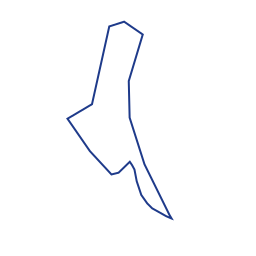 SVG path tracing the border of Saulkrastu, rotated 156°
{"feature_id": "LVA-5776", "entity_name": "Saulkrastu", "entity_type": "Municipality", "adm_level": 1, "iso_a3": "LVA", "parent_name": "Latvia", "parent_adm1": "", "projection": "mercator", "projection_center": [24.414, 57.265], "detail": "fine", "context": "isolated", "style": "outline", "palette": "blue", "viewbox_px": 256, "rotation_deg": 156, "n_neighbors": 0, "source": "natural_earth", "source_scale": "10m", "svg_char_len": 425}
<svg xmlns="http://www.w3.org/2000/svg" viewBox="0 0 256 256"><g transform="rotate(156 128 128)"><path d="M76.5,207.4L108.2,170.6L122.3,136.8L127.7,88.2L125.5,32.0L125.0,27.6L125.2,27.8L128.9,31.8L138.6,44.8L141.1,51.3L143.1,61.4L141.7,75.8L139.0,87.4L139.4,92.5L140.1,96.4L154.8,91.0L162.0,92.3L172.2,122.3L179.5,161.1L151.2,164.4L103.8,228.4L88.3,226.7L76.5,207.4Z" fill="none" stroke="#1e3a8a" stroke-width="2"/></g></svg>